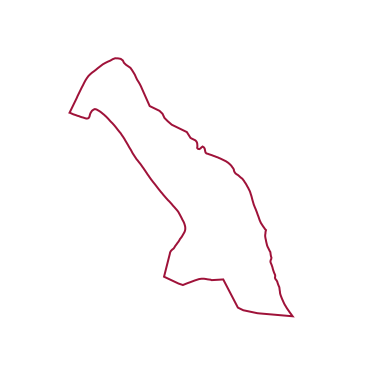 the district of Nati', Al Bayda', Yemen, rotated 296°
{"feature_id": "15242507B51557666361412", "entity_name": "Nati'", "entity_type": "district", "adm_level": 2, "iso_a3": "YEM", "parent_name": "Yemen", "parent_adm1": "Al Bayda'", "projection": "orthographic", "projection_center": [45.582, 14.537], "detail": "fine", "context": "isolated", "style": "outline", "palette": "rose", "viewbox_px": 384, "rotation_deg": 296, "n_neighbors": 0, "source": "geoboundaries", "source_scale": "gbopen_adm2", "svg_char_len": 4891}
<svg xmlns="http://www.w3.org/2000/svg" viewBox="0 0 384 384"><g transform="rotate(296 192 192)"><path d="M114.3,233.9L116.8,236.5L118.3,238.7L118.7,239.6L119.3,240.8L119.9,242.7L120.1,243.4L120.3,244.2L121.3,247.1L121.4,248.3L127.1,258.4L108.3,283.8L108.2,284.1L108.2,287.9L108.2,289.9L111.7,303.8L112.2,305.2L117.1,317.9L124.4,336.9L124.8,336.1L125.5,334.9L126.1,333.7L126.9,332.2L127.6,331.0L128.3,329.7L129.1,328.3L129.8,327.2L130.6,326.0L131.4,324.7L132.4,323.4L133.3,322.3L134.4,321.0L135.3,319.9L136.3,318.8L137.5,317.5L138.7,316.3L139.8,315.4L141.0,314.7L142.4,313.7L143.5,313.0L144.7,312.2L145.7,311.0L146.6,310.0L147.7,308.9L148.7,308.0L149.6,306.8L150.2,305.4L151.2,304.2L152.5,303.8L153.7,303.2L154.6,302.2L155.5,301.1L156.5,300.1L157.4,299.2L158.5,298.2L159.6,297.3L160.6,296.3L161.6,295.3L162.6,294.1L163.6,293.1L165.1,292.6L166.4,292.6L167.8,292.2L168.8,291.2L170.0,290.3L171.2,289.5L172.4,288.7L173.1,287.6L173.9,286.6L175.0,285.2L175.8,284.1L176.9,282.9L178.0,282.0L179.2,281.0L180.2,280.2L181.3,279.4L182.4,278.5L183.5,277.7L184.6,277.0L185.8,276.5L187.1,276.1L188.3,275.6L189.7,275.3L190.2,275.2L190.3,274.9L190.8,273.6L191.5,272.5L192.1,271.3L192.8,270.1L193.6,268.8L194.3,267.6L195.2,266.5L196.3,265.2L197.3,264.2L198.4,263.1L199.3,262.2L200.2,261.2L201.3,260.1L202.3,259.1L203.3,258.0L203.5,257.8L204.6,256.6L205.7,255.3L206.8,254.1L207.8,253.0L208.8,252.1L209.8,251.2L211.1,250.0L212.5,248.8L213.8,247.7L214.9,246.7L215.8,245.8L217.0,244.7L218.0,243.7L219.0,242.4L219.9,241.2L220.2,240.9L220.7,240.1L221.6,238.8L222.4,237.7L223.2,236.5L223.9,235.2L224.8,233.8L225.4,232.6L226.0,231.4L226.3,229.8L226.7,228.3L227.1,227.0L227.4,225.7L227.5,224.3L227.8,222.9L228.5,221.6L229.5,220.4L230.6,219.7L231.4,218.5L232.0,217.3L232.7,216.1L233.2,214.9L233.7,213.3L234.1,211.8L234.3,210.4L234.5,209.0L234.5,207.6L234.5,206.4L234.5,206.1L234.5,204.3L234.5,202.7L234.4,201.4L234.4,199.9L234.2,198.6L234.1,197.0L233.9,195.3L233.8,193.9L233.6,192.3L233.4,191.0L233.3,189.7L233.0,188.1L233.4,186.9L234.4,186.0L235.5,185.2L236.6,184.3L237.3,183.1L237.5,181.6L236.2,180.9L234.9,180.5L233.8,179.8L233.4,178.6L233.9,177.3L235.2,176.9L236.4,176.3L236.7,176.1L237.6,175.6L238.6,174.8L239.4,173.7L239.9,172.3L239.9,171.0L239.9,169.6L239.9,168.1L240.0,166.9L243.6,161.1L243.6,144.3L245.0,139.1L246.5,134.8L249.4,131.2L250.7,127.2L250.7,120.5L250.7,116.3L251.7,115.1L262.7,102.0L264.5,99.9L266.1,97.8L267.5,95.7L268.9,93.4L270.5,91.4L272.2,89.4L272.3,89.3L273.8,87.0L275.3,84.6L276.6,82.2L277.0,79.6L277.4,76.9L278.3,74.2L279.9,72.2L280.4,69.6L279.7,67.0L278.5,64.3L276.6,62.5L274.3,61.0L272.1,59.1L270.0,57.5L267.7,55.9L266.9,55.5L264.7,54.4L261.9,53.0L259.6,52.0L257.2,50.8L255.8,50.0L253.5,49.0L251.8,48.4L251.0,48.1L248.2,47.6L245.6,47.3L242.8,47.2L240.2,47.2L237.7,47.1L234.7,47.1L232.1,47.1L229.0,47.1L227.8,47.1L226.1,47.2L223.4,47.2L220.5,47.2L217.9,47.2L215.3,47.2L212.7,47.2L209.6,47.2L209.7,47.8L209.8,51.3L210.0,52.7L210.2,54.2L210.3,55.6L210.6,57.0L210.7,58.7L210.9,60.2L211.2,61.5L211.4,63.1L211.6,64.4L211.8,65.1L212.1,65.6L213.0,66.6L213.8,66.7L214.4,66.8L215.3,66.7L215.7,66.6L217.1,66.3L218.4,66.2L219.7,66.3L221.2,66.5L222.5,67.2L223.7,68.0L224.2,69.2L224.3,70.2L224.3,70.5L224.2,71.8L224.1,73.3L223.9,74.7L223.6,76.1L223.2,77.7L222.9,79.1L222.6,80.1L222.5,80.3L222.2,81.5L222.1,81.8L221.9,82.3L221.6,83.2L221.0,84.8L220.5,86.0L219.9,87.4L219.4,88.8L219.1,89.7L219.0,90.1L218.5,91.3L217.9,92.8L217.3,94.1L216.7,95.4L216.0,96.8L215.4,98.0L214.7,99.5L214.1,100.8L213.7,101.7L213.5,102.2L212.8,103.3L212.0,104.7L211.3,106.0L210.6,107.1L210.3,107.7L209.7,108.5L208.7,110.0L207.8,111.4L207.0,112.6L206.3,113.7L205.5,114.8L204.6,116.1L203.6,117.7L202.9,118.8L202.1,119.9L201.2,121.1L200.6,122.0L200.3,122.5L199.6,123.7L198.8,125.0L198.0,126.4L197.1,127.9L196.5,129.4L195.9,130.5L195.2,132.0L194.6,133.3L193.8,134.8L193.1,136.0L192.4,137.3L191.8,138.5L191.6,138.7L190.8,140.2L189.9,141.7L189.0,143.3L188.3,144.4L187.6,145.8L186.7,147.3L186.0,148.6L185.4,149.7L185.3,149.9L184.6,151.3L183.9,152.7L183.3,154.0L182.6,155.5L181.8,157.1L180.9,158.9L180.1,160.5L179.2,162.4L178.3,164.3L177.7,165.8L177.0,167.2L176.4,168.6L175.8,170.0L175.2,171.4L174.6,172.9L174.1,174.1L173.6,175.7L173.0,177.2L172.3,178.9L172.2,179.2L171.5,180.6L170.8,182.4L170.2,183.9L170.1,184.0L169.6,185.3L168.9,186.9L168.2,188.3L167.3,189.6L166.8,190.3L166.4,190.9L165.5,192.1L164.7,193.2L163.8,194.4L162.9,195.5L162.1,196.7L161.2,197.9L160.3,198.9L159.0,200.1L157.8,201.1L156.6,201.8L155.2,202.4L153.9,202.7L152.5,202.8L151.2,202.7L149.6,202.6L148.3,202.5L147.0,202.4L146.8,202.3L145.6,202.1L144.4,201.8L143.1,201.8L141.3,201.6L140.0,201.3L138.1,201.0L136.2,200.6L134.8,200.5L133.2,200.3L131.4,199.4L129.8,198.9L128.1,198.8L126.6,199.2L103.6,204.0L103.8,219.2L103.8,220.0L104.4,224.6L107.2,227.1L108.7,228.5L109.9,229.7L113.4,233.0L114.3,233.9L114.3,233.9Z" fill="none" stroke="#9f1239" stroke-width="2"/></g></svg>